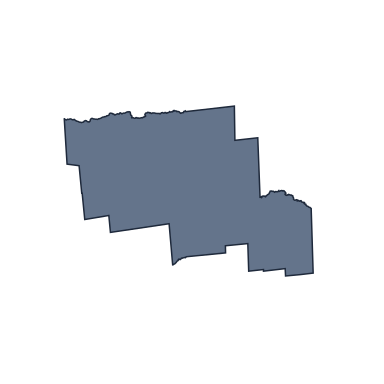 General Alvear, Buenos Aires, Argentina (Equal Earth projection), rotated 42°
{"feature_id": "61730980B56387205995887", "entity_name": "General Alvear", "entity_type": "district", "adm_level": 2, "iso_a3": "ARG", "parent_name": "Argentina", "parent_adm1": "Buenos Aires", "projection": "equal_earth", "projection_center": [-60.278, -36.041], "detail": "fine", "context": "isolated", "style": "filled", "palette": "slate", "viewbox_px": 384, "rotation_deg": 42, "n_neighbors": 0, "source": "geoboundaries", "source_scale": "gbopen_adm2", "svg_char_len": 5800}
<svg xmlns="http://www.w3.org/2000/svg" viewBox="0 0 384 384"><g transform="rotate(42 192 192)"><path d="M166.0,99.8L133.6,136.4L132.9,136.2L132.9,136.6L132.5,136.9L132.2,137.1L132.1,137.7L132.2,137.8L132.3,138.2L132.5,138.4L132.6,138.6L132.5,138.8L132.4,139.0L132.0,139.3L131.6,139.7L131.3,140.5L131.0,141.0L130.9,141.1L130.6,140.9L130.0,141.2L129.7,141.2L129.2,141.0L128.8,141.0L128.4,141.2L127.5,141.6L127.3,141.8L127.1,142.4L126.9,142.4L126.4,142.3L126.1,142.3L125.3,142.9L125.0,143.3L124.2,143.3L123.7,144.0L123.7,144.3L124.1,144.4L123.9,144.8L124.0,145.1L123.9,145.3L123.5,145.9L122.9,146.3L122.5,147.1L122.2,147.2L121.6,147.3L121.7,147.6L121.6,148.1L121.1,148.8L121.1,149.3L121.0,149.5L120.6,149.7L120.4,150.5L120.1,150.7L119.4,150.5L119.0,150.9L118.8,150.9L118.7,151.0L118.7,151.4L118.7,151.6L118.5,151.8L118.0,152.5L117.1,152.6L116.8,152.8L116.6,153.2L116.2,153.6L116.2,154.8L116.1,155.1L115.9,155.3L115.6,155.5L115.4,155.4L115.0,155.6L114.9,155.8L114.1,156.4L114.0,156.6L113.1,157.3L112.5,157.8L112.3,158.0L112.0,158.0L111.4,158.2L111.2,158.5L110.7,159.0L110.3,159.1L110.0,159.3L109.8,159.7L109.7,160.2L109.5,160.3L109.4,160.7L109.2,160.9L109.0,161.0L108.5,160.9L108.0,161.0L107.7,161.6L107.4,161.6L106.9,161.6L106.5,161.9L106.3,162.2L106.2,162.4L105.8,162.4L105.7,162.6L105.6,163.2L105.4,163.7L104.8,164.3L104.8,164.6L105.0,165.3L105.0,165.8L105.5,166.0L105.7,166.3L106.0,166.4L106.4,166.5L106.6,166.5L106.8,166.7L106.8,166.9L106.5,167.6L106.0,168.0L106.2,168.4L106.2,168.6L105.6,169.4L105.6,169.9L105.3,170.2L104.7,170.6L104.6,170.9L104.1,171.6L103.9,171.7L103.5,172.6L103.2,172.8L102.7,172.8L102.3,173.5L101.9,173.5L101.5,173.9L101.2,173.7L100.5,174.3L100.5,175.1L100.1,175.6L99.9,175.8L99.6,175.8L99.3,176.0L98.8,176.1L98.7,176.1L98.4,176.4L97.9,176.7L97.5,177.2L97.3,177.1L97.2,176.9L97.2,176.4L96.9,176.1L96.2,175.7L95.7,175.8L95.4,175.8L95.0,175.8L94.5,175.3L94.1,175.3L93.7,174.8L93.3,174.6L93.0,174.2L92.5,174.0L92.2,174.1L91.7,174.3L91.3,174.6L91.1,175.2L90.7,175.5L90.4,175.6L90.1,176.1L89.5,177.8L89.1,178.6L88.9,178.8L88.5,179.0L88.1,179.5L87.8,180.5L87.7,180.7L87.5,180.9L87.3,180.9L86.9,180.9L86.0,181.0L85.8,181.1L85.7,181.3L85.5,181.5L85.5,181.8L85.7,182.6L85.6,183.0L85.4,183.2L84.5,183.5L84.4,183.7L83.8,184.7L83.4,185.9L83.2,186.2L82.7,186.6L81.9,186.4L81.6,186.4L80.9,187.0L80.7,187.1L80.2,187.0L79.9,187.1L79.4,187.5L78.9,187.7L78.6,188.0L78.4,188.3L78.3,188.7L78.3,189.2L78.8,190.1L78.8,190.3L78.6,191.0L78.2,191.8L77.6,192.5L77.6,193.2L77.3,193.8L76.6,194.5L76.5,194.8L76.4,195.1L75.6,196.0L75.2,197.0L74.9,198.1L74.4,199.0L74.1,199.6L73.6,200.0L73.4,200.7L73.3,201.1L73.1,201.4L72.4,201.7L71.7,202.4L70.5,203.1L70.2,203.5L69.2,203.8L68.7,204.0L68.4,204.2L68.2,204.5L68.0,205.1L68.0,206.1L68.1,206.3L68.7,207.2L68.8,207.5L68.8,208.6L68.6,208.8L68.3,208.9L68.0,209.4L67.8,209.5L67.4,209.5L66.8,209.8L65.9,209.7L65.7,209.8L65.5,210.0L65.0,210.2L64.9,210.4L64.8,210.8L64.5,211.3L64.5,211.6L64.6,212.1L64.4,212.6L64.4,213.0L63.8,213.7L63.6,213.9L63.4,214.4L63.2,214.5L62.2,214.9L61.9,215.3L61.4,215.5L60.9,215.6L59.9,215.9L59.4,216.2L59.0,216.5L58.7,216.5L58.1,216.6L57.8,216.8L57.5,216.9L56.2,216.7L56.0,216.9L55.7,217.1L55.4,217.9L55.1,218.1L54.3,218.5L53.5,218.6L52.5,219.2L52.4,219.4L52.1,220.1L51.9,220.5L51.6,220.8L50.8,221.2L50.7,221.9L50.5,222.4L50.3,222.6L49.8,222.8L48.8,223.0L48.2,222.9L47.7,222.7L80.5,254.9L90.5,248.0L110.9,266.7L111.2,266.4L130.7,284.2L145.9,265.1L158.4,276.6L196.2,230.9L226.4,259.1L226.6,259.0L226.8,257.8L227.1,257.3L227.2,257.1L227.3,256.7L227.3,255.7L227.4,255.3L227.3,254.4L227.2,253.4L227.3,252.9L227.5,252.6L227.5,252.0L227.4,251.7L227.0,251.4L227.0,251.1L227.3,250.5L227.6,250.5L227.9,250.3L228.3,250.3L228.5,250.1L228.6,249.4L228.4,248.3L228.8,247.8L229.1,247.7L229.2,247.2L229.7,246.6L230.2,245.7L230.7,245.5L231.1,245.2L231.1,244.4L231.0,244.0L257.7,214.8L252.8,209.6L268.0,193.0L287.1,212.9L297.0,201.8L298.1,203.0L312.5,186.6L317.7,191.8L327.5,181.2L336.3,171.2L291.6,124.5L291.1,124.5L290.9,124.6L290.1,124.5L289.5,124.8L289.2,125.0L288.3,125.1L287.5,125.1L287.0,125.5L286.7,125.6L285.4,125.5L285.0,125.0L284.7,124.9L284.5,125.0L284.4,125.2L284.1,125.4L283.9,125.5L283.0,125.5L282.9,125.3L282.9,124.7L282.6,124.6L282.3,124.7L282.0,124.8L281.7,125.3L281.3,125.4L280.8,125.7L280.3,126.0L279.6,126.0L279.4,125.6L279.1,125.5L278.8,125.5L278.6,125.7L278.3,126.2L278.1,126.8L278.0,127.0L277.8,127.1L277.0,126.9L276.6,127.1L276.4,127.2L276.3,127.5L276.4,127.9L276.2,128.2L275.5,127.6L275.3,127.5L275.0,127.6L274.6,128.1L274.1,129.2L273.8,129.4L273.4,129.5L272.3,129.5L272.2,129.4L271.7,128.6L270.7,128.2L270.2,128.1L269.8,127.6L269.4,127.4L269.1,127.4L268.7,127.8L268.3,127.9L268.1,127.9L267.8,127.8L267.5,128.0L267.3,128.4L267.0,128.5L266.1,128.8L265.8,129.0L265.4,129.1L265.3,129.6L265.4,130.0L265.3,130.3L265.0,130.4L264.7,130.4L264.5,130.6L264.5,131.2L264.3,131.4L263.6,131.6L262.7,131.5L262.5,131.3L262.6,130.9L262.6,130.7L262.7,130.3L262.5,130.0L262.3,129.9L261.4,129.8L261.1,129.8L260.9,129.6L260.4,129.7L259.8,129.5L259.4,129.9L258.8,130.0L258.6,130.2L258.4,130.8L258.0,130.8L257.5,131.0L257.2,131.6L257.0,131.8L256.9,132.0L256.6,133.0L256.3,133.4L256.1,133.3L255.6,133.0L255.6,133.8L255.2,134.8L255.1,135.0L254.0,135.5L253.8,135.8L253.8,136.1L253.5,137.0L253.3,137.0L252.7,136.9L251.8,137.1L251.6,137.4L251.2,137.9L250.6,137.9L250.4,138.1L250.2,138.5L249.8,138.7L249.6,138.9L249.5,139.1L249.9,139.8L249.9,140.5L250.4,141.5L250.4,141.8L250.3,142.4L250.2,142.6L250.1,143.2L249.9,143.6L249.9,144.7L249.6,145.5L249.9,146.1L249.9,146.3L249.7,146.5L248.8,146.4L248.6,146.7L248.4,146.8L248.1,147.1L247.6,147.3L247.4,147.7L247.1,148.0L246.8,148.8L247.3,148.9L247.5,149.2L247.5,149.6L246.9,149.6L246.7,149.9L246.4,150.1L246.1,150.4L204.6,107.7L189.3,124.9L166.0,99.8Z" fill="#64748b" stroke="#1e293b" stroke-width="1.5"/></g></svg>